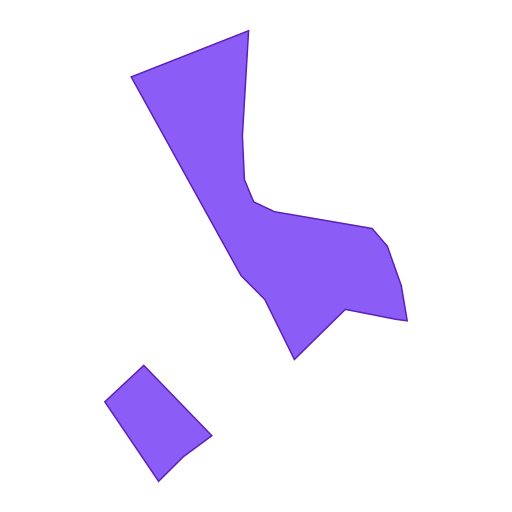 SVG path tracing the border of Ad Dawhah
{"feature_id": "QAT-1099", "entity_name": "Ad Dawhah", "entity_type": "Municipality", "adm_level": 1, "iso_a3": "QAT", "parent_name": "Qatar", "parent_adm1": "", "projection": "natural_earth1", "projection_center": [51.524, 25.27], "detail": "fine", "context": "isolated", "style": "filled", "palette": "violet", "viewbox_px": 512, "rotation_deg": 0, "n_neighbors": 0, "source": "natural_earth", "source_scale": "10m", "svg_char_len": 394}
<svg xmlns="http://www.w3.org/2000/svg" viewBox="0 0 512 512"><path d="M248.6,30.7L242.4,135.7L244.4,179.6L253.7,201.9L274.4,211.7L372.1,228.5L387.3,246.2L401.3,285.7L407.2,320.8L395.8,319.3L345.3,309.4L294.4,359.5L264.8,299.5L241.1,275.7L131.2,76.9L248.6,30.7ZM211.8,435.7L183.5,456.6L158.6,481.3L104.8,401.8L143.8,365.4L211.8,435.7Z" fill="#8b5cf6" stroke="#5b21b6" stroke-width="1.5"/></svg>